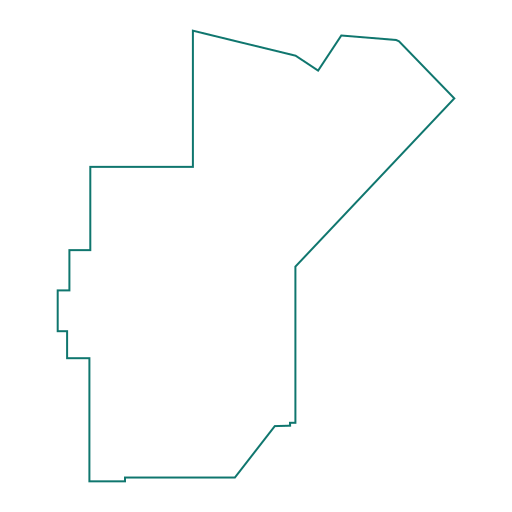 outline of 95, Ar Rayyān, Qatar
{"feature_id": "91078587B87782055915042", "entity_name": "95", "entity_type": "district", "adm_level": 2, "iso_a3": "QAT", "parent_name": "Qatar", "parent_adm1": "Ar Rayyān", "projection": "mercator", "projection_center": [51.234, 24.913], "detail": "fine", "context": "isolated", "style": "outline", "palette": "teal", "viewbox_px": 512, "rotation_deg": 0, "n_neighbors": 0, "source": "geoboundaries", "source_scale": "gbopen_adm2", "svg_char_len": 500}
<svg xmlns="http://www.w3.org/2000/svg" viewBox="0 0 512 512"><path d="M89.4,481.1L89.4,481.3L125.0,481.3L125.0,477.5L234.9,477.5L274.8,426.1L290.1,425.7L290.0,422.8L295.4,422.8L295.4,266.6L355.2,203.3L454.0,98.7L454.3,98.4L399.0,41.3L396.1,40.0L341.3,35.5L318.1,70.6L295.6,55.7L242.1,42.7L192.9,30.7L192.9,30.8L192.9,166.9L90.3,166.9L90.3,167.0L90.3,250.1L69.4,250.1L69.4,290.4L57.7,290.4L57.7,331.2L67.1,331.2L67.1,358.2L89.4,358.2L89.4,481.1Z" fill="none" stroke="#0f766e" stroke-width="2"/></svg>